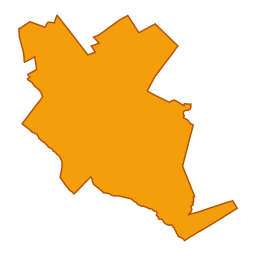 the district of Tintesti, Buzau, Romania
{"feature_id": "2599482B60981366823487", "entity_name": "Tintesti", "entity_type": "district", "adm_level": 2, "iso_a3": "ROU", "parent_name": "Romania", "parent_adm1": "Buzau", "projection": "albers", "projection_center": [26.882, 45.056], "detail": "fine", "context": "isolated", "style": "filled", "palette": "amber", "viewbox_px": 256, "rotation_deg": 0, "n_neighbors": 0, "source": "geoboundaries", "source_scale": "gbopen_adm2", "svg_char_len": 5563}
<svg xmlns="http://www.w3.org/2000/svg" viewBox="0 0 256 256"><path d="M201.8,230.2L201.0,230.2L202.7,229.7L207.1,227.0L211.4,224.4L216.7,221.1L222.8,217.4L223.8,216.8L224.8,216.0L227.4,214.4L231.8,211.7L232.2,211.4L232.3,211.4L237.2,208.4L235.0,204.5L234.0,203.0L233.9,202.8L232.8,200.8L229.2,201.8L224.4,203.2L222.9,203.7L219.4,205.0L211.4,207.5L204.5,209.9L201.5,210.9L197.6,212.2L189.7,214.3L188.9,214.8L188.9,214.1L189.0,213.5L189.3,213.2L189.7,212.9L190.5,212.6L191.1,211.6L191.1,211.3L191.4,211.2L191.7,210.1L191.8,209.3L191.6,208.6L191.2,208.0L191.1,207.6L191.0,206.9L191.0,206.6L190.8,206.4L191.3,205.9L192.6,205.4L193.2,204.8L193.2,204.2L192.2,202.5L193.4,202.2L193.6,201.4L193.3,201.0L193.4,200.7L193.5,200.2L193.6,199.2L193.5,197.3L193.5,196.8L194.6,196.8L194.7,196.5L193.0,192.2L192.9,192.1L190.9,187.1L190.0,184.6L189.8,184.1L189.0,182.2L188.2,180.2L187.9,179.4L187.1,177.4L186.9,177.0L185.2,172.8L183.7,169.0L183.6,168.7L182.6,166.1L183.5,162.7L183.8,161.4L184.1,160.3L185.6,154.5L187.2,148.3L187.6,147.0L188.4,143.5L189.7,138.6L190.7,134.8L190.7,134.6L192.0,130.0L193.0,125.9L193.2,124.8L193.1,124.6L191.7,124.3L190.1,123.2L189.5,122.4L188.4,120.9L187.0,119.5L185.4,118.9L184.1,118.2L183.3,117.8L183.3,117.7L184.2,115.9L184.0,115.5L183.5,114.2L183.4,113.0L183.4,112.3L183.5,111.9L183.6,111.7L184.0,111.3L184.8,110.7L185.1,110.6L185.8,110.4L188.2,110.3L189.1,109.8L189.9,109.3L190.2,108.9L190.5,108.2L190.9,106.9L190.9,105.4L190.8,104.0L189.3,104.2L184.4,103.7L184.2,105.6L183.1,105.1L182.9,105.0L176.5,101.2L175.3,100.5L175.0,100.4L174.4,100.1L174.0,100.3L173.7,100.3L173.3,100.3L171.6,100.9L171.0,101.4L169.6,102.5L165.5,100.5L162.8,99.0L161.6,98.5L155.5,95.5L150.7,93.0L147.2,91.0L153.0,80.1L155.3,75.9L155.9,75.5L157.6,73.0L161.2,68.3L161.5,67.9L163.7,64.9L168.4,58.8L170.8,55.7L175.4,49.3L177.6,46.2L177.9,46.0L174.8,43.0L171.6,39.9L170.0,38.3L163.5,32.1L155.2,23.9L138.9,32.7L127.8,15.5L119.3,20.1L115.7,22.7L115.7,22.8L108.4,28.1L102.9,32.1L98.4,35.3L93.6,37.1L99.1,43.2L91.2,46.0L95.4,52.3L88.1,54.8L87.9,55.0L83.2,48.8L78.3,42.5L74.7,37.8L73.4,36.1L71.2,33.3L69.3,30.8L68.3,29.6L68.1,29.4L66.8,27.6L63.4,23.3L63.3,23.2L58.5,17.0L58.4,16.9L57.6,15.8L57.4,15.4L57.0,15.4L56.9,15.6L56.7,15.8L56.7,16.0L56.4,16.8L54.5,22.2L54.6,22.8L54.4,22.8L54.2,22.8L54.0,22.7L53.8,22.7L53.7,22.7L52.4,22.6L50.0,22.3L49.1,22.2L48.1,22.2L47.7,22.8L47.4,23.2L47.1,23.7L46.6,24.3L45.3,26.8L45.1,26.8L44.8,27.1L44.7,27.2L34.2,23.3L30.7,22.0L29.9,21.7L29.7,21.8L27.0,23.6L20.2,28.1L18.8,28.7L18.9,30.2L19.0,31.5L19.1,32.7L19.2,33.8L19.3,35.5L19.4,36.9L19.4,37.2L20.1,39.6L21.2,43.9L21.8,46.0L22.1,47.4L23.2,51.0L23.3,51.6L23.4,52.2L23.4,53.0L23.6,54.0L23.8,55.4L24.0,56.8L24.2,58.4L24.2,58.9L24.0,59.5L24.2,60.6L24.4,61.9L24.4,62.1L24.6,62.2L34.9,56.8L34.8,57.4L35.9,64.2L36.5,69.0L36.2,69.8L27.8,74.4L29.7,77.3L29.8,77.5L27.4,78.8L27.9,79.8L29.3,80.8L30.5,81.4L32.2,82.9L33.4,84.5L34.3,85.8L36.1,87.4L39.5,90.3L41.3,93.3L42.3,95.8L42.8,96.7L33.7,108.4L28.8,115.0L25.3,119.6L22.1,123.9L27.2,127.7L30.9,130.7L31.0,130.8L30.9,131.1L31.0,131.3L31.3,131.5L31.8,131.8L32.0,132.0L32.5,132.3L32.8,132.4L33.6,132.7L34.3,133.0L34.5,133.2L34.9,133.6L35.3,133.8L35.6,133.8L36.4,133.8L36.7,133.9L36.9,134.1L37.1,134.5L37.4,135.3L38.0,136.2L38.4,136.7L38.6,137.0L38.8,137.6L39.0,138.5L39.3,138.8L39.5,138.9L40.0,139.0L40.5,139.6L40.7,139.8L40.9,140.2L41.1,140.4L41.3,140.6L42.6,141.6L42.8,141.6L43.3,141.7L43.6,142.0L43.8,142.0L44.2,142.4L45.8,143.9L46.3,144.6L47.7,145.7L47.8,145.9L48.3,146.9L49.3,147.6L50.1,148.1L50.6,148.3L50.9,148.4L51.2,148.4L51.7,148.6L52.1,149.0L53.4,151.3L53.6,151.4L54.0,151.5L54.5,151.6L54.9,151.9L55.8,152.7L56.0,153.0L56.5,153.9L56.9,154.4L57.3,154.6L57.5,154.7L57.8,155.0L58.7,155.8L59.8,156.8L60.4,158.0L60.5,158.6L61.0,159.4L61.6,160.5L62.1,163.0L62.0,167.4L61.7,169.3L61.3,170.7L61.5,171.8L60.8,173.2L60.6,174.3L60.1,176.9L60.6,178.1L64.0,182.8L65.9,185.7L68.0,188.1L69.0,189.7L70.5,190.9L71.6,191.4L72.8,192.6L73.6,193.8L74.8,193.3L74.9,193.2L82.9,184.9L84.1,183.6L90.7,176.9L91.7,178.3L92.5,181.6L92.6,181.8L93.7,184.4L94.3,185.0L94.5,185.0L98.0,187.8L98.8,188.5L102.7,191.9L102.9,191.8L103.2,192.8L103.5,192.7L103.9,192.7L104.1,192.7L105.6,193.0L106.7,193.2L109.4,193.7L109.6,193.9L110.2,194.5L110.6,194.7L112.3,195.3L113.4,195.8L113.7,195.8L114.9,195.9L117.7,195.9L118.8,195.9L119.1,196.0L122.5,196.8L123.1,196.9L128.0,198.1L128.6,198.2L130.1,198.6L130.9,198.7L131.4,199.0L132.2,199.6L133.8,201.2L135.7,202.2L136.3,202.7L137.6,204.4L137.8,204.6L138.3,204.8L139.8,205.3L140.2,205.5L141.1,206.1L141.4,206.3L141.5,206.3L141.8,206.3L142.9,206.0L143.3,206.0L144.2,206.6L145.3,206.8L147.6,207.9L148.2,208.1L149.3,208.7L149.4,208.8L149.8,208.9L151.5,208.8L151.8,208.9L152.5,210.0L153.0,210.2L154.5,211.2L156.0,211.5L156.4,211.7L156.7,212.0L157.1,213.0L157.2,213.4L157.1,213.6L157.0,213.9L156.5,214.6L156.4,215.1L156.4,215.4L156.5,215.6L156.8,215.8L157.6,216.3L158.0,216.5L158.2,216.8L158.2,217.3L158.3,217.9L158.5,218.5L158.8,219.0L159.1,219.2L159.5,219.3L160.1,219.3L160.8,219.1L161.3,219.2L161.7,219.4L162.3,219.8L163.8,222.0L164.5,222.9L165.3,223.7L166.0,224.1L167.1,224.6L168.1,224.9L168.9,225.2L169.6,225.3L171.1,224.8L171.4,224.8L171.6,224.9L171.9,225.1L172.2,225.8L172.4,226.1L172.9,226.8L173.3,227.2L173.9,227.7L174.1,228.0L174.4,228.5L174.6,229.0L174.8,229.6L175.0,230.1L175.9,231.5L176.2,232.1L176.7,233.2L177.0,233.8L177.5,234.6L177.9,235.2L178.2,236.1L178.5,236.7L178.9,236.8L181.5,237.8L182.3,238.3L183.1,238.9L184.6,240.6L189.9,237.1L193.2,235.1L199.0,231.6L201.8,230.2Z" fill="#f59e0b" stroke="#b45309" stroke-width="1.5"/></svg>